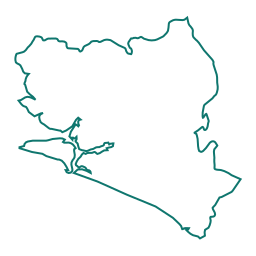 the Province of Southern
{"feature_id": "SLE-760", "entity_name": "Southern", "entity_type": "Province", "adm_level": 1, "iso_a3": "SLE", "parent_name": "Sierra Leone", "parent_adm1": "", "projection": "robinson", "projection_center": [-12.13, 7.714], "detail": "fine", "context": "isolated", "style": "outline", "palette": "teal", "viewbox_px": 256, "rotation_deg": 0, "n_neighbors": 0, "source": "natural_earth", "source_scale": "10m", "svg_char_len": 5618}
<svg xmlns="http://www.w3.org/2000/svg" viewBox="0 0 256 256"><path d="M240.6,179.2L232.7,190.7L231.6,191.9L221.6,197.0L219.5,197.5L215.2,205.0L213.0,207.3L212.6,207.9L213.0,209.3L214.7,212.5L215.1,214.3L214.8,215.5L214.2,216.2L213.3,216.6L210.6,216.9L210.2,217.9L210.7,220.7L210.4,222.7L209.6,225.4L208.5,227.7L205.1,229.8L204.6,232.2L204.9,235.7L203.9,236.3L200.0,238.4L198.0,236.5L193.0,235.2L190.5,233.8L188.2,231.9L186.4,230.1L187.5,229.9L188.0,229.6L188.4,229.1L188.9,228.2L185.4,228.1L183.9,228.4L182.9,229.1L182.2,229.1L181.1,226.0L179.4,224.0L172.9,217.8L155.6,206.5L126.9,194.7L97.4,181.5L73.9,173.0L77.7,169.5L82.1,169.3L86.7,170.9L90.7,173.0L90.5,171.8L89.9,170.9L89.0,170.3L87.8,170.1L86.8,169.8L85.9,168.2L84.9,167.3L82.6,166.3L81.3,166.2L79.1,167.5L78.1,166.9L77.1,165.9L76.1,165.3L75.7,164.1L76.7,161.5L78.3,158.9L80.6,156.7L81.9,154.5L83.5,153.0L85.7,153.9L87.1,153.1L88.5,152.9L91.5,152.9L92.2,152.8L93.7,152.2L94.5,152.0L95.4,152.3L96.8,153.6L97.4,153.9L99.8,153.1L101.9,151.7L104.2,150.4L107.5,150.2L107.3,149.8L107.0,148.7L106.7,148.2L109.0,147.5L111.2,147.1L112.9,146.2L113.4,143.4L112.5,143.4L111.8,143.6L110.9,143.7L110.1,143.8L109.2,144.4L108.5,143.1L108.3,142.6L107.1,142.8L105.7,142.9L104.6,143.1L104.1,143.9L103.8,145.1L103.0,145.7L100.8,146.4L99.4,147.1L97.0,147.2L95.8,147.5L93.3,148.9L90.6,149.5L88.0,150.7L86.5,151.1L85.8,151.0L83.3,150.4L82.0,150.2L79.2,149.1L78.3,146.4L77.6,143.5L75.6,141.5L75.6,140.7L76.2,140.0L76.6,139.2L76.6,138.1L76.5,136.8L75.6,137.7L74.7,138.4L73.9,138.4L73.2,137.7L72.3,137.7L72.3,139.6L69.4,136.4L70.9,131.7L75.6,124.4L77.6,125.6L78.3,126.3L79.0,125.3L78.3,123.5L78.2,121.6L78.9,120.1L80.6,119.6L78.2,117.7L76.0,119.9L72.3,126.3L66.2,130.5L62.3,132.2L60.5,130.6L59.6,130.6L51.7,128.9L50.9,128.9L50.1,128.8L48.9,128.2L44.0,124.4L42.2,123.4L40.7,122.2L39.6,119.6L39.2,117.1L39.6,115.4L40.8,114.2L43.0,113.0L40.8,113.4L34.5,116.3L28.8,112.0L27.1,108.4L26.0,106.9L24.1,106.3L22.8,105.6L21.2,104.0L18.6,100.6L21.0,100.0L25.2,97.4L27.5,96.8L29.4,97.1L31.4,97.7L35.5,99.7L33.0,96.8L29.9,94.4L27.2,91.7L25.2,84.9L24.9,84.4L24.4,84.0L24.6,82.9L25.4,81.1L25.7,79.1L26.4,77.2L27.5,75.4L28.8,73.9L24.8,73.3L23.2,71.6L22.2,68.9L20.4,65.4L19.0,64.3L17.3,63.5L15.9,62.4L15.4,60.1L15.4,58.1L15.7,56.3L16.2,54.6L16.5,54.0L16.7,53.8L22.7,52.2L24.1,51.6L25.8,50.1L27.8,47.4L29.2,46.1L31.3,43.7L32.6,41.4L33.4,40.3L34.0,39.2L34.6,37.9L34.9,37.3L35.3,36.8L36.1,36.4L37.3,36.3L39.5,36.6L40.7,37.0L41.5,37.4L41.9,37.9L42.2,38.5L42.5,39.1L42.8,39.8L43.2,40.3L43.9,40.4L44.8,40.3L47.3,38.9L48.4,38.6L55.7,38.5L56.4,38.7L57.0,38.9L57.5,39.3L57.9,39.9L58.1,40.5L58.8,41.1L59.9,41.4L62.1,41.3L64.3,41.6L65.4,42.2L65.9,42.6L66.3,43.1L66.5,43.9L66.5,45.5L66.6,46.3L66.9,47.0L67.2,47.6L67.6,48.1L68.5,48.3L77.8,48.9L78.3,49.2L78.8,49.7L79.1,50.2L79.4,50.9L79.9,51.4L80.5,51.5L81.7,50.8L82.3,50.1L82.7,49.3L83.5,47.3L83.9,46.8L84.3,46.4L84.8,46.0L88.6,44.2L89.7,43.4L90.4,42.7L91.3,41.7L92.1,41.4L93.3,41.1L96.8,41.0L97.7,41.2L98.3,41.5L98.8,41.9L99.6,42.0L100.6,41.8L104.1,40.1L105.0,39.9L106.0,39.7L107.8,39.7L110.3,40.1L111.1,40.5L118.6,45.2L124.6,47.9L125.1,48.3L125.5,48.8L126.2,51.0L126.5,51.6L127.2,52.7L127.6,53.1L128.1,53.5L128.8,53.7L129.5,53.8L130.7,54.1L131.2,54.1L131.6,53.3L131.9,51.8L131.9,51.1L131.8,50.4L131.3,49.0L131.0,48.5L130.5,48.2L130.0,47.9L129.6,47.3L128.5,44.8L128.3,44.1L128.2,43.4L128.4,42.7L128.6,42.1L130.8,38.8L131.2,38.4L131.8,38.5L132.6,38.4L133.7,37.9L135.7,37.8L137.2,38.2L138.0,38.2L138.8,37.9L140.1,37.2L141.0,36.9L141.8,37.2L144.0,38.7L148.6,40.1L151.7,40.4L155.0,40.1L157.2,39.4L162.9,36.6L163.7,36.0L166.6,33.0L167.4,31.8L168.0,30.7L168.5,27.6L168.8,24.2L168.9,23.4L169.2,22.7L169.6,22.2L170.3,21.7L172.9,20.3L174.3,19.9L175.7,19.7L182.7,20.1L184.5,19.7L187.2,17.6L188.5,23.5L189.5,25.4L190.5,26.4L192.3,28.8L192.7,29.8L192.9,30.8L192.7,33.1L192.8,35.3L193.1,36.4L193.5,37.3L196.1,40.0L196.7,40.4L198.8,42.7L204.0,50.3L212.3,59.7L213.1,61.0L213.5,61.9L213.5,62.6L213.4,63.1L213.4,63.8L213.5,64.5L213.7,65.3L216.7,74.6L217.1,77.4L217.2,82.7L217.7,86.4L217.7,88.0L217.6,89.5L216.9,92.4L216.4,93.8L216.1,94.3L215.7,94.9L215.2,95.3L214.3,96.0L212.8,97.9L212.4,98.4L204.5,104.8L204.2,105.4L203.9,106.0L202.7,112.4L202.6,115.9L202.7,117.0L202.9,117.7L203.3,117.6L203.6,117.2L205.4,114.5L205.8,114.1L206.2,113.9L206.5,114.2L208.5,120.2L208.7,121.1L208.5,122.0L208.3,122.6L208.1,123.3L207.6,126.5L207.1,127.9L206.5,129.0L206.0,129.5L205.5,129.9L204.9,130.0L204.3,129.8L204.0,129.3L203.5,128.0L203.2,127.4L202.8,127.0L202.4,126.9L201.9,127.2L198.0,130.4L194.6,132.6L194.6,132.9L195.0,133.2L196.3,133.8L196.9,135.6L197.6,138.8L198.1,146.3L198.6,149.3L199.2,151.0L199.8,151.2L200.3,151.6L201.0,151.8L201.6,151.8L202.2,151.5L202.8,151.2L203.3,150.8L206.0,148.0L209.8,142.8L210.8,142.0L212.0,141.4L212.7,141.3L213.4,141.3L214.0,141.5L214.6,141.8L215.1,142.2L215.5,142.7L217.3,145.5L217.1,145.9L214.3,149.3L214.1,150.3L213.9,151.8L214.4,158.0L214.3,158.9L214.3,161.8L214.6,165.1L214.5,168.2L214.7,168.8L215.2,169.2L216.5,169.6L218.0,169.8L219.6,169.9L221.1,170.1L224.3,171.1L228.5,173.1L231.6,175.2L240.6,179.2L240.6,179.2ZM75.6,148.2L74.2,149.2L74.1,150.8L74.8,154.9L74.5,157.4L73.7,158.8L72.6,160.2L71.5,162.5L71.4,164.7L72.4,169.3L72.3,171.0L70.8,172.6L68.7,173.0L66.7,172.2L65.6,170.1L68.1,170.1L66.4,166.7L64.3,163.3L61.8,160.7L59.3,159.6L57.5,159.5L46.4,156.1L42.4,153.8L32.0,152.0L19.5,148.2L19.5,147.2L24.1,146.0L24.5,144.1L26.0,142.3L27.9,141.5L32.6,140.7L45.9,140.7L48.0,140.3L52.6,139.0L59.9,138.3L62.4,138.5L64.8,139.6L63.0,142.0L64.2,142.7L68.9,142.6L71.1,143.3L72.9,144.5L74.3,146.2L75.6,148.2Z" fill="none" stroke="#0f766e" stroke-width="2"/></svg>